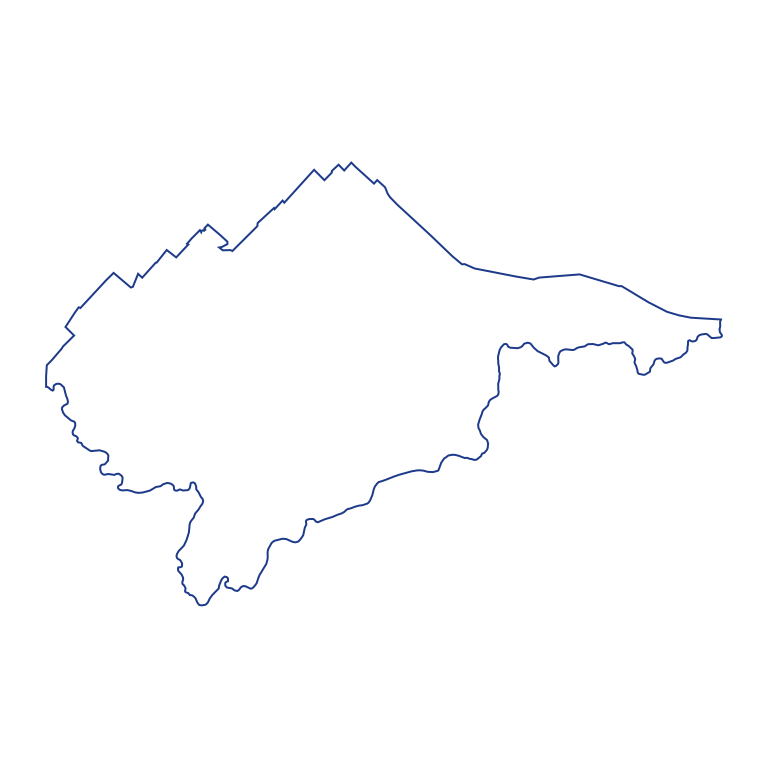 Lezama, Buenos Aires, Argentina
{"feature_id": "61730980B50234098483318", "entity_name": "Lezama", "entity_type": "district", "adm_level": 2, "iso_a3": "ARG", "parent_name": "Argentina", "parent_adm1": "Buenos Aires", "projection": "natural_earth1", "projection_center": [-57.824, -35.864], "detail": "fine", "context": "isolated", "style": "outline", "palette": "blue", "viewbox_px": 768, "rotation_deg": 0, "n_neighbors": 0, "source": "geoboundaries", "source_scale": "gbopen_adm2", "svg_char_len": 6073}
<svg xmlns="http://www.w3.org/2000/svg" viewBox="0 0 768 768"><path d="M46.1,386.9L47.1,386.9L48.7,387.7L51.0,389.8L52.7,390.6L53.6,389.7L53.6,386.8L53.9,385.5L56.3,383.9L58.8,383.7L60.2,384.1L61.2,384.8L63.9,387.4L65.9,395.2L67.5,399.4L68.0,402.0L67.3,403.9L64.1,405.4L62.2,407.3L61.9,408.4L62.0,409.4L63.1,412.6L64.9,415.3L71.0,420.4L74.3,421.7L75.1,422.9L75.3,425.6L74.3,428.5L73.0,430.6L72.7,431.6L72.6,432.7L73.1,434.6L74.3,435.5L76.5,436.4L77.4,437.5L77.9,438.4L77.0,440.8L78.1,442.3L81.2,442.9L82.8,445.9L89.9,450.6L91.2,451.1L99.5,450.3L104.8,451.8L107.0,453.4L107.8,454.4L108.4,455.9L108.1,458.1L108.1,460.6L104.8,464.3L101.7,464.9L100.6,465.9L100.2,468.1L100.2,469.4L100.9,471.9L101.5,473.0L102.4,473.9L104.1,474.8L108.5,474.0L114.3,474.9L116.6,473.9L118.7,473.7L121.3,475.5L122.4,477.0L122.6,477.9L122.1,482.5L121.7,483.8L121.1,484.6L119.0,485.6L118.4,486.0L118.0,486.8L118.0,487.9L118.5,488.8L120.2,490.0L122.4,490.4L127.5,490.1L131.0,490.9L135.2,492.4L138.7,492.9L142.7,492.5L149.9,490.6L155.9,487.0L160.6,486.2L163.0,484.3L166.9,483.0L168.4,483.1L170.7,483.6L172.8,485.0L173.5,485.8L173.8,486.6L174.1,489.3L174.4,490.0L175.4,490.5L177.0,490.7L179.9,489.4L183.1,490.5L187.3,490.2L188.7,489.6L189.8,488.0L190.8,483.2L191.2,482.8L193.3,482.4L195.0,483.4L196.2,486.6L196.2,488.7L196.4,489.5L198.4,492.0L201.0,497.1L202.5,498.7L203.1,500.7L203.0,502.0L202.3,503.9L200.5,506.3L198.5,509.6L195.0,513.7L193.8,517.5L191.2,520.8L190.3,522.3L189.7,524.0L188.9,532.4L186.6,539.8L183.9,545.6L178.8,550.9L178.1,552.0L176.9,554.2L176.5,556.1L177.0,557.9L177.9,558.9L180.3,560.2L182.1,563.4L182.0,566.0L181.6,566.7L180.0,567.3L178.3,567.4L178.0,568.3L178.1,570.1L178.4,571.0L181.6,574.5L182.9,577.3L183.2,579.0L183.0,580.2L182.4,581.6L182.4,583.4L182.8,584.4L184.0,585.3L185.4,587.8L185.5,588.9L185.1,590.6L185.2,591.7L186.2,592.4L188.4,593.2L189.8,595.0L192.0,595.3L193.6,596.3L195.4,598.1L197.6,603.0L198.9,604.5L199.4,605.0L201.6,605.4L205.3,604.8L206.8,603.7L208.0,602.2L209.7,598.6L212.4,594.9L218.7,588.5L219.2,585.5L221.1,580.6L222.4,578.4L224.6,576.6L226.7,577.1L227.7,578.0L228.0,579.1L228.0,581.2L226.1,582.0L225.4,582.7L225.2,583.4L225.3,585.7L226.9,587.5L231.9,588.4L234.6,590.4L237.2,591.0L238.7,590.2L241.0,587.2L243.3,586.0L245.6,586.3L250.4,588.6L251.4,588.6L252.9,587.8L255.0,585.5L256.6,583.3L258.7,577.0L259.6,574.9L266.2,564.1L267.3,560.3L267.7,557.8L267.6,552.0L268.1,549.4L271.5,543.1L272.9,541.8L274.7,540.7L282.7,538.7L286.4,539.1L293.0,542.0L295.6,542.3L298.4,541.5L300.5,539.2L303.2,535.3L304.8,527.7L306.2,524.8L306.3,523.8L305.9,521.6L306.1,520.7L306.8,519.9L309.4,519.0L313.1,519.0L314.2,519.5L316.0,521.6L317.6,522.2L318.4,522.0L324.7,519.3L332.6,516.9L337.4,514.8L341.6,513.4L344.0,512.1L346.4,509.9L347.6,509.1L350.9,508.3L355.0,506.7L359.1,505.6L362.5,505.2L367.0,503.7L368.6,502.6L370.2,500.2L372.3,495.2L373.8,489.2L374.9,486.5L377.5,483.1L378.5,482.2L384.7,480.2L394.1,476.5L399.7,474.6L411.7,471.3L417.8,470.3L420.4,470.3L423.7,470.7L427.6,471.8L433.0,472.1L437.4,470.9L438.1,470.6L438.6,469.9L441.2,462.8L443.3,459.6L444.5,458.2L445.5,457.7L448.3,455.5L452.2,454.8L454.6,454.8L458.5,455.7L464.6,458.0L467.0,457.8L470.0,458.9L471.8,459.1L474.2,459.9L475.7,459.9L477.3,459.1L481.0,456.1L482.0,453.7L484.4,452.8L486.9,449.9L487.7,447.9L488.1,443.8L487.5,441.3L486.8,439.8L483.5,437.2L480.9,433.8L479.9,430.6L478.5,428.0L478.1,424.4L479.2,421.2L479.3,420.4L481.7,414.3L482.6,411.3L483.9,409.4L485.1,408.5L487.7,405.8L488.1,405.2L488.7,402.4L489.4,401.0L490.0,400.1L491.9,398.7L497.2,395.9L498.3,394.3L498.7,391.8L498.3,390.0L498.2,383.8L499.3,379.4L499.5,378.2L499.3,376.0L499.7,375.1L499.8,374.2L499.7,372.9L499.0,371.4L499.1,367.7L498.2,363.2L498.3,361.3L498.0,358.9L498.1,356.2L499.7,349.8L501.1,347.3L503.9,344.3L505.5,343.9L506.6,344.2L507.4,345.0L508.2,346.7L510.3,347.7L517.7,348.2L520.8,347.2L522.5,345.9L524.1,343.8L524.8,343.5L527.7,342.7L529.9,343.3L530.9,344.0L533.5,347.4L537.6,351.1L546.1,355.4L548.3,357.0L549.0,357.8L549.4,360.8L553.7,365.7L554.7,366.4L556.1,365.9L558.1,363.8L558.4,362.4L558.2,356.9L558.4,355.5L559.6,352.4L560.5,351.2L563.4,349.8L565.8,349.3L572.2,350.0L574.2,349.8L577.0,348.0L578.7,347.4L584.9,346.3L586.8,344.9L588.2,344.2L592.8,344.0L598.3,345.3L603.1,343.8L605.5,342.6L606.9,343.0L608.7,344.1L610.2,344.0L612.6,343.2L619.2,343.2L620.6,343.1L622.2,342.4L624.2,342.3L624.8,342.7L626.1,344.4L628.8,346.1L632.6,349.7L632.6,351.3L632.2,353.3L634.0,356.3L635.1,358.6L635.2,359.2L634.5,362.2L634.7,363.1L636.2,366.3L637.4,370.3L637.7,372.4L638.3,373.4L638.8,373.8L643.4,374.8L644.8,374.7L645.8,374.2L649.6,371.9L650.0,371.4L650.3,368.7L650.7,367.7L653.4,364.5L654.6,360.6L655.7,359.4L656.8,358.8L659.2,358.4L661.6,358.7L663.9,362.1L664.6,362.6L665.7,362.8L667.1,362.7L673.2,360.5L675.6,358.9L680.0,357.5L681.0,356.9L683.6,354.3L686.0,352.7L687.1,351.1L687.4,350.4L687.5,347.3L688.0,344.3L688.1,341.2L689.0,340.4L689.7,340.3L691.1,341.1L692.9,341.5L695.5,340.9L696.8,339.4L697.6,336.8L699.6,335.0L701.9,334.4L705.9,333.9L707.5,334.5L711.5,338.0L713.1,338.1L720.2,337.4L721.0,337.0L721.9,336.1L721.9,335.1L720.0,332.4L719.5,329.5L720.2,326.4L720.1,321.8L721.0,319.5L690.8,317.7L678.8,315.3L667.0,311.8L648.5,302.3L621.6,286.1L618.7,286.1L579.6,274.4L539.0,277.6L533.6,279.5L516.3,276.6L474.7,268.5L464.6,264.1L462.0,264.3L452.3,256.2L430.0,234.8L397.0,204.4L390.1,197.3L387.7,193.8L385.1,187.3L377.2,180.1L374.0,183.6L355.0,166.4L351.3,162.6L344.2,170.5L338.6,164.7L331.8,171.0L331.8,172.6L324.4,180.2L314.1,169.8L284.3,202.7L282.6,200.6L274.6,209.2L274.0,208.0L257.7,223.0L257.3,226.2L232.4,251.0L230.4,250.1L222.7,250.3L219.2,247.5L221.6,247.1L227.4,244.1L227.4,241.7L219.9,234.8L207.9,224.6L204.4,228.3L205.3,229.7L204.0,230.8L203.1,230.2L201.6,230.8L201.2,232.2L199.9,230.2L191.8,238.3L187.0,243.8L188.3,244.5L176.2,257.4L166.7,250.0L156.6,262.7L155.7,262.7L142.2,277.7L138.1,273.8L132.9,286.8L130.8,287.5L113.6,272.9L105.9,280.5L80.4,308.0L78.7,307.3L74.4,313.3L65.5,327.0L74.1,335.5L62.9,346.6L61.8,348.5L51.5,360.5L46.8,365.2L46.1,376.3L46.1,386.9Z" fill="none" stroke="#1e3a8a" stroke-width="2"/></svg>